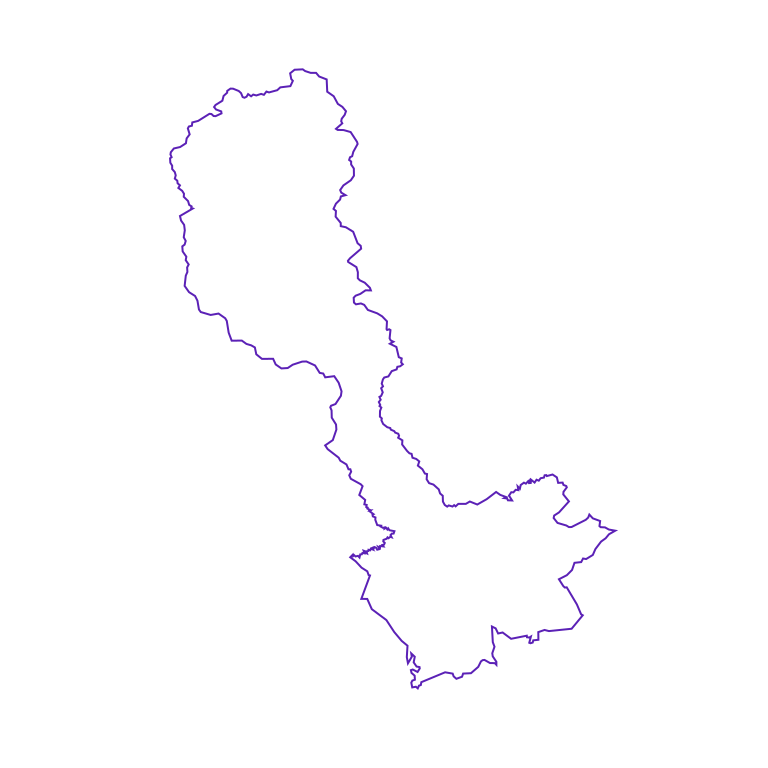 the district of San Roman, Puno, Peru, rotated 102°
{"feature_id": "86281439B54364439373802", "entity_name": "San Roman", "entity_type": "district", "adm_level": 2, "iso_a3": "PER", "parent_name": "Peru", "parent_adm1": "Puno", "projection": "robinson", "projection_center": [-70.339, -15.674], "detail": "fine", "context": "isolated", "style": "outline", "palette": "violet", "viewbox_px": 768, "rotation_deg": 102, "n_neighbors": 0, "source": "geoboundaries", "source_scale": "gbopen_adm2", "svg_char_len": 6146}
<svg xmlns="http://www.w3.org/2000/svg" viewBox="0 0 768 768"><g transform="rotate(102 384 384)"><path d="M140.5,601.0L146.1,606.8L148.4,607.8L150.4,605.4L151.2,599.9L153.1,599.2L157.0,604.4L157.3,606.4L155.8,608.9L156.0,610.9L165.3,620.5L168.0,625.9L171.3,625.6L172.7,628.4L174.8,629.0L180.2,626.0L184.8,628.1L189.7,627.8L194.6,632.7L197.3,638.5L201.6,640.7L203.9,640.6L206.3,638.9L207.7,640.2L212.0,639.0L214.5,636.6L217.8,635.9L220.2,632.7L223.2,631.1L226.6,631.3L228.1,628.5L230.6,627.6L232.1,624.9L235.0,625.9L237.0,621.6L239.5,619.2L242.5,618.8L245.8,613.7L249.3,611.8L250.3,609.1L251.9,609.2L252.1,607.5L262.1,618.5L266.3,616.5L269.9,612.6L275.1,610.8L282.1,610.4L285.3,607.7L289.1,608.0L291.3,609.9L296.2,608.5L300.6,603.8L304.1,603.7L307.7,599.9L310.9,600.8L315.3,599.6L319.2,600.4L329.5,599.4L334.7,593.8L337.2,587.1L341.3,583.8L349.6,580.5L351.7,578.2L352.5,567.9L349.5,560.5L352.7,553.0L355.0,550.9L366.1,546.6L373.3,542.0L371.1,532.1L373.4,526.9L373.8,521.9L375.1,517.9L381.5,515.1L384.8,508.6L382.4,497.7L387.4,494.0L390.1,487.6L388.4,481.5L384.1,477.3L379.1,468.7L378.1,464.6L380.2,455.3L386.5,449.2L386.4,445.6L389.7,442.9L386.7,434.3L392.2,428.6L400.0,424.0L404.5,423.7L413.7,427.3L416.3,431.3L418.0,431.7L420.7,429.8L427.8,428.1L433.6,422.5L438.5,421.1L449.5,422.4L456.3,428.8L459.4,425.6L465.5,413.0L468.1,410.8L470.5,404.0L474.8,401.0L474.4,399.2L476.6,397.9L480.5,399.0L483.6,396.8L486.9,385.9L488.4,383.7L497.7,385.1L501.3,378.3L505.8,378.2L505.9,375.8L508.0,375.8L508.3,374.3L509.3,374.4L510.0,371.9L510.9,372.2L510.4,370.6L511.6,371.4L513.5,367.2L514.2,368.1L515.8,367.4L516.3,364.6L518.6,364.3L523.4,361.3L523.2,357.4L524.1,357.7L524.9,355.1L524.1,353.5L525.4,353.4L524.2,352.0L525.6,350.5L524.3,349.9L525.9,348.3L525.8,343.2L528.3,343.5L528.7,345.2L530.4,346.2L532.3,344.7L532.1,346.0L533.9,347.5L533.3,348.7L534.8,349.2L536.6,352.1L538.1,352.0L539.3,350.2L541.1,350.6L541.8,352.1L543.0,350.8L543.3,354.1L545.0,353.9L544.5,355.7L546.5,354.2L547.5,356.2L545.7,357.8L545.5,359.5L547.3,359.9L546.3,360.8L547.2,362.0L548.2,360.8L547.9,362.7L549.5,362.9L549.4,364.7L550.6,364.6L551.3,366.3L553.3,365.3L552.7,367.7L551.6,367.2L551.3,369.3L553.7,367.9L553.8,370.0L555.2,370.3L555.6,371.8L558.8,371.9L557.5,373.7L558.6,376.0L557.6,377.7L558.7,378.4L557.4,379.0L560.5,381.0L563.3,374.9L568.3,367.8L570.7,361.4L574.1,359.3L574.2,357.9L598.9,361.5L597.7,355.7L606.8,349.1L614.4,332.6L624.5,322.4L631.6,313.3L635.1,306.6L646.4,304.9L652.2,302.5L645.0,300.1L641.9,301.3L644.4,297.2L650.1,297.1L653.6,293.4L653.5,290.4L654.8,289.9L658.7,291.3L657.3,296.5L658.3,298.2L660.9,297.0L662.9,293.4L666.8,292.3L668.2,294.6L670.5,295.2L674.9,293.3L673.5,289.9L674.7,287.7L671.8,287.1L670.8,285.4L667.9,285.5L653.3,264.3L653.0,256.6L655.5,255.1L657.3,251.9L654.1,246.8L650.8,246.4L648.8,238.8L641.1,233.0L635.2,231.5L633.6,230.1L633.0,228.3L634.9,222.3L634.0,217.6L635.3,215.7L632.4,216.3L627.8,221.0L624.9,222.1L618.0,221.3L613.9,223.9L598.8,228.0L599.8,224.0L604.3,220.5L602.4,216.3L606.8,206.7L600.5,192.0L602.0,191.5L601.8,189.2L600.5,187.8L606.9,188.1L607.1,186.8L606.0,184.8L603.7,184.7L602.1,179.8L594.6,181.5L591.2,175.8L591.4,171.3L584.4,149.6L568.9,141.5L568.3,143.3L559.5,149.5L544.9,163.0L545.5,164.8L544.4,166.6L538.6,172.3L533.0,165.4L526.8,161.4L519.3,160.5L517.2,154.1L513.3,153.0L513.2,149.9L507.8,144.2L501.5,142.9L493.0,138.9L488.8,135.1L484.2,132.7L479.4,127.3L479.6,133.8L478.3,138.0L479.0,142.3L478.2,143.7L473.1,144.1L472.0,151.8L469.0,156.0L472.2,156.5L474.9,158.4L484.9,170.8L485.5,173.4L484.5,176.2L483.8,185.4L479.8,190.2L477.3,190.2L473.2,186.1L460.4,178.7L454.7,185.7L452.1,186.0L447.1,183.7L445.9,184.5L445.4,187.5L443.3,188.8L444.5,193.1L439.4,195.5L437.5,200.3L440.2,205.6L439.4,206.3L439.9,207.9L442.3,208.1L443.6,211.2L446.4,212.5L445.9,214.9L449.1,216.2L446.7,220.9L448.4,221.5L449.1,220.0L450.3,219.9L450.8,221.6L449.1,222.8L452.0,224.5L451.4,226.6L454.4,229.3L458.1,229.3L456.4,231.9L459.9,230.5L460.1,233.2L463.1,234.9L463.4,237.0L467.2,238.5L471.3,234.5L472.0,238.6L470.4,239.8L470.6,242.6L469.2,241.0L468.3,247.2L466.3,251.9L475.3,259.6L482.5,267.7L481.1,275.6L484.2,279.0L485.8,286.4L488.8,288.5L487.9,290.2L489.6,291.5L489.3,295.4L490.8,296.7L489.7,299.4L486.8,301.9L481.1,303.3L479.4,306.4L475.7,308.5L472.1,314.7L471.6,319.3L468.3,322.5L463.1,323.2L463.1,325.4L459.4,328.7L456.8,333.9L452.4,333.4L450.6,336.9L450.2,340.8L446.6,342.5L446.5,344.7L444.7,347.5L439.4,353.7L435.3,354.3L433.6,359.0L431.5,358.5L429.7,359.7L429.2,363.0L428.0,364.1L427.2,367.9L425.8,368.7L425.6,371.8L423.3,376.5L420.0,379.0L418.1,379.0L416.8,381.2L411.2,382.3L407.6,381.7L406.5,383.8L405.3,383.3L402.7,385.3L400.1,384.0L397.6,385.8L396.2,384.3L392.4,383.5L388.7,385.9L386.5,384.5L384.1,386.3L379.7,386.0L377.6,385.1L375.7,381.3L369.8,379.1L367.1,374.7L364.4,374.5L363.3,371.9L360.8,369.7L359.4,371.7L355.3,372.0L354.7,375.1L345.2,379.6L343.4,386.6L340.7,383.6L340.0,386.5L338.2,388.0L329.9,388.9L329.4,390.3L330.5,392.2L329.8,392.9L322.1,394.1L318.2,399.9L316.3,405.3L314.9,415.2L310.7,419.8L310.0,423.3L311.9,428.0L310.6,430.3L305.9,431.6L303.5,430.1L300.8,425.9L296.2,421.5L295.2,416.3L292.8,417.8L288.9,423.9L287.6,429.2L286.0,431.6L280.1,432.8L275.4,435.3L272.1,444.4L271.0,444.9L268.1,443.4L256.4,434.5L253.7,435.5L251.8,439.1L241.5,445.8L238.6,453.9L238.6,459.1L235.5,459.8L230.4,466.1L224.7,467.0L223.2,469.8L217.6,468.5L212.7,465.3L209.5,465.2L207.3,460.9L205.7,465.6L203.4,467.2L198.2,465.0L191.6,458.8L186.5,456.7L179.5,458.3L176.1,461.8L173.2,462.4L172.1,464.7L169.3,464.4L167.8,462.5L163.3,462.3L154.7,459.7L152.8,460.7L144.5,469.0L144.0,476.3L145.1,482.2L144.4,484.0L137.7,479.0L135.9,480.5L133.3,480.5L128.9,478.4L125.1,477.9L121.6,482.3L119.6,487.4L113.0,493.0L109.9,500.3L98.0,503.4L96.7,511.4L93.8,515.1L94.9,520.5L94.3,526.2L93.1,528.9L95.2,536.8L99.6,540.4L105.0,538.1L106.4,536.2L112.1,537.5L115.4,547.1L118.8,549.5L122.7,557.1L122.4,559.8L126.1,561.6L125.8,564.5L128.3,568.9L128.1,572.1L130.2,573.8L128.7,577.2L131.6,578.2L133.0,580.0L132.7,581.9L129.2,584.3L127.6,587.0L126.5,593.1L127.0,595.6L129.9,598.3L131.7,598.0L135.6,600.8L140.5,601.0Z" fill="none" stroke="#5b21b6" stroke-width="2"/></g></svg>